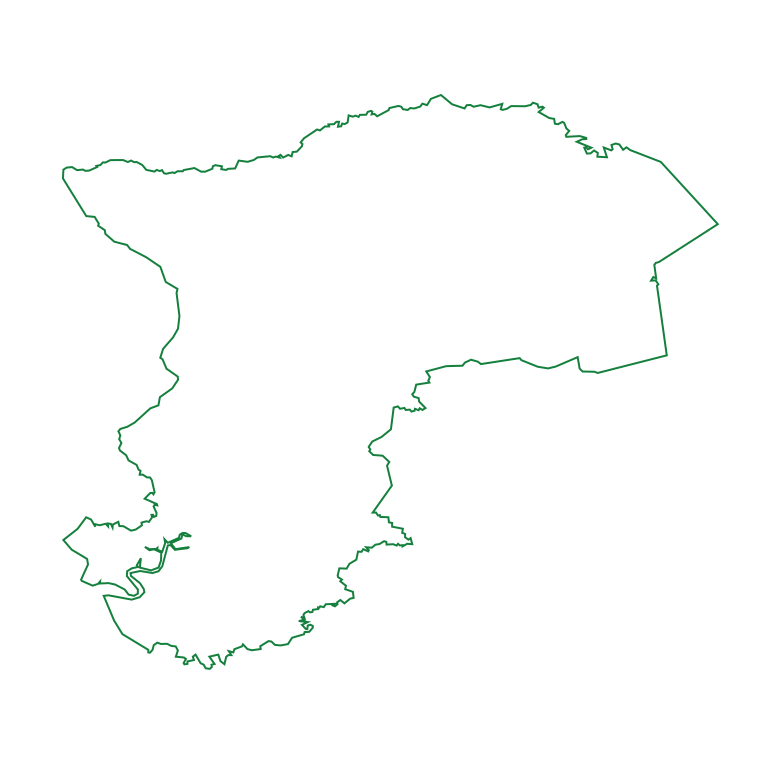 Capira, Panama, rotated 92°
{"feature_id": "35544464B53871457264549", "entity_name": "Capira", "entity_type": "district", "adm_level": 2, "iso_a3": "PAN", "parent_name": "Panama", "parent_adm1": "", "projection": "equal_earth", "projection_center": [-79.949, 8.817], "detail": "fine", "context": "isolated", "style": "outline", "palette": "green", "viewbox_px": 768, "rotation_deg": 92, "n_neighbors": 0, "source": "geoboundaries", "source_scale": "gbopen_adm2", "svg_char_len": 6159}
<svg xmlns="http://www.w3.org/2000/svg" viewBox="0 0 768 768"><g transform="rotate(92 384 384)"><path d="M189.8,712.0L226.6,687.4L227.1,679.0L233.8,674.6L235.8,675.2L240.0,668.4L243.7,667.7L251.2,658.5L254.1,645.5L257.8,642.5L265.6,626.1L274.7,611.6L289.6,605.7L296.2,593.7L300.3,594.5L323.2,590.8L335.9,591.8L344.7,596.4L356.6,606.0L365.6,608.5L367.0,606.2L376.3,601.9L383.8,590.4L386.8,589.9L395.8,595.5L405.0,607.5L413.2,608.7L416.5,616.7L431.2,631.8L435.7,639.0L438.1,645.9L440.5,647.8L444.6,645.7L448.4,646.7L452.1,644.4L457.2,646.6L459.7,645.6L464.2,639.2L469.3,636.6L473.5,628.4L478.0,626.4L479.3,624.3L483.2,625.0L483.0,621.9L485.6,617.6L485.6,614.5L488.4,612.6L500.2,609.5L502.3,610.6L500.9,611.6L501.1,613.8L507.0,619.2L512.0,606.7L513.2,606.4L512.7,609.0L514.4,610.0L520.9,606.8L523.8,607.0L524.8,609.3L522.8,610.2L522.9,611.8L525.3,611.1L530.0,614.1L529.5,616.7L531.0,621.5L533.7,621.0L538.1,627.0L539.4,631.7L535.2,639.5L535.2,643.5L531.0,644.7L533.9,650.1L536.9,650.3L533.3,652.1L533.0,655.2L535.9,654.8L533.4,657.2L535.1,663.3L534.1,668.1L536.7,667.6L529.7,672.0L527.6,677.0L539.4,685.1L551.1,699.0L560.5,690.3L569.2,674.6L574.7,673.5L590.1,679.9L591.3,679.2L595.7,668.1L593.8,662.9L591.2,660.8L593.3,660.9L592.6,652.3L593.8,645.7L598.4,636.0L603.4,631.9L604.4,626.4L602.1,622.7L598.0,622.8L584.9,634.3L580.0,634.1L577.0,629.6L575.4,623.3L573.8,624.7L566.6,620.9L576.0,621.6L578.4,610.3L575.3,602.9L568.2,600.7L560.3,600.7L557.2,608.1L558.3,612.6L555.1,617.3L557.3,612.5L556.7,605.7L555.7,604.7L557.5,604.7L559.4,599.8L550.5,597.1L546.8,597.9L550.2,594.5L545.0,583.7L541.7,582.8L540.0,580.3L539.8,577.3L542.9,571.4L543.0,576.3L541.3,580.3L545.5,581.1L550.6,591.5L556.3,586.7L553.8,572.9L554.9,574.4L557.0,587.2L552.4,591.7L552.9,594.4L573.8,599.2L579.0,602.8L581.0,608.8L579.4,621.1L581.8,630.7L584.6,630.2L591.6,620.9L597.2,617.0L600.4,616.2L605.6,620.7L608.3,628.6L604.8,652.0L605.5,656.7L629.8,645.5L643.1,636.7L657.9,610.3L660.5,610.2L660.7,608.5L657.7,606.0L653.0,605.0L650.4,601.5L651.6,597.9L651.2,591.8L653.2,587.3L653.5,583.0L657.5,580.7L663.8,582.5L664.3,574.5L665.7,572.4L669.9,574.5L671.1,573.7L670.6,570.7L668.1,570.7L666.5,564.3L663.2,565.5L661.0,562.9L669.5,557.5L670.8,554.4L674.3,552.3L674.8,548.2L672.8,546.2L670.6,546.6L669.7,543.6L662.6,549.0L660.2,540.2L666.7,537.7L669.6,533.7L662.2,532.2L660.4,530.2L660.3,527.1L656.4,529.8L657.5,525.2L654.3,524.3L651.1,516.7L649.1,515.9L653.7,511.2L654.7,506.8L653.2,498.0L650.4,498.5L645.0,490.5L645.3,487.5L648.5,484.0L648.9,478.3L647.3,470.9L640.8,467.0L636.9,455.2L634.7,454.7L634.3,450.1L629.9,446.6L628.2,446.8L627.1,449.4L628.1,451.8L631.6,452.1L631.7,453.4L627.6,457.6L624.6,451.9L623.9,460.9L622.4,455.3L619.6,458.9L620.5,455.4L617.6,456.5L615.8,455.4L613.6,451.6L614.8,450.0L614.3,447.6L612.1,447.1L611.2,441.9L609.5,442.1L609.7,440.7L608.4,440.0L609.1,436.4L606.2,434.6L605.4,425.6L607.1,427.5L607.9,425.3L605.7,422.8L603.8,423.2L601.4,420.1L604.6,415.9L599.7,410.3L598.8,406.9L592.8,407.8L590.4,415.6L586.9,415.0L582.7,420.8L580.9,419.2L578.6,423.2L576.9,423.6L569.8,422.2L569.8,414.9L564.9,412.3L560.5,405.5L552.4,404.1L552.5,400.6L549.8,399.0L551.8,393.9L550.6,393.4L547.8,396.1L548.0,390.5L544.9,387.0L544.1,383.0L541.1,378.4L541.7,376.2L544.4,375.8L543.8,369.3L545.0,365.7L543.2,364.5L544.8,362.4L544.4,359.7L545.6,359.7L542.9,355.3L543.1,350.2L537.1,352.0L538.7,354.1L536.4,357.6L533.1,357.7L532.1,360.6L528.0,360.1L526.3,370.9L522.6,371.0L522.1,374.2L517.0,375.0L517.0,383.0L515.2,383.6L515.7,385.3L512.7,387.6L512.9,390.8L485.3,372.6L465.5,378.1L461.7,376.0L455.7,382.9L455.3,392.4L451.7,396.4L450.0,395.4L447.4,397.1L441.9,393.7L437.0,384.6L429.0,375.5L407.2,373.5L405.9,369.3L408.2,367.1L407.2,362.8L409.2,361.4L408.7,357.3L410.6,355.6L409.7,352.6L407.7,352.2L409.0,348.5L407.0,347.5L408.6,344.7L406.6,341.7L400.4,348.2L396.9,348.9L395.6,353.8L393.3,355.4L390.9,353.4L383.5,351.8L381.0,338.7L379.2,339.8L375.4,338.4L370.0,342.2L364.0,322.5L363.0,306.2L359.8,303.9L356.7,297.9L358.4,291.0L360.7,287.8L353.4,249.3L355.4,247.5L361.4,230.9L362.7,220.6L360.6,213.0L350.4,191.4L361.8,189.0L364.6,185.9L364.4,174.2L365.5,170.8L345.5,102.4L276.2,114.6L274.8,113.3L271.0,116.1L271.4,120.7L267.7,118.6L268.9,115.7L255.5,118.0L253.5,116.6L252.5,113.5L212.6,56.0L152.4,115.1L141.6,146.2L139.0,149.9L141.6,153.2L136.4,157.2L135.6,160.8L137.2,165.0L141.4,163.7L142.6,164.9L140.0,172.6L149.6,169.1L149.4,178.7L145.6,178.4L143.3,182.2L146.3,185.6L146.6,189.3L140.8,192.1L140.3,190.5L142.3,188.3L140.6,185.0L135.2,199.8L132.5,194.4L132.1,190.4L131.0,190.5L129.4,196.9L130.6,210.4L128.9,211.0L124.6,207.7L122.3,210.6L116.7,213.1L115.8,214.8L118.3,219.2L117.9,222.3L113.1,223.2L112.4,228.2L106.8,238.9L102.3,233.9L101.3,235.3L102.4,239.1L99.0,240.4L97.7,245.0L100.0,247.0L101.5,252.7L101.8,266.5L104.8,271.0L105.9,275.2L105.3,276.9L99.9,275.6L103.9,288.1L102.0,297.3L103.8,304.1L102.1,307.4L102.5,311.1L105.8,313.1L102.1,325.7L93.2,337.2L97.4,347.1L103.8,350.7L102.5,355.4L105.5,357.5L107.6,363.5L107.3,367.4L109.3,369.9L108.7,374.7L106.3,376.4L105.6,379.2L108.0,388.2L110.1,388.9L116.7,400.2L114.4,402.9L115.0,405.8L112.4,405.1L111.5,406.4L112.6,409.7L115.5,411.2L115.9,417.6L118.0,418.7L116.8,421.7L117.9,424.7L116.8,428.7L123.9,429.5L125.6,432.3L125.2,434.9L127.9,435.8L128.5,439.0L123.5,438.1L123.6,440.7L126.1,443.1L126.5,448.6L128.5,447.9L128.7,452.1L132.8,456.8L132.0,459.8L141.2,472.5L145.4,475.7L147.0,473.9L149.4,474.4L154.8,479.2L155.4,483.4L159.7,484.3L158.4,487.7L161.2,492.7L158.6,495.5L159.8,497.2L161.4,496.1L160.5,500.0L161.5,502.7L160.3,505.7L162.0,518.4L164.6,521.8L166.7,528.0L165.8,537.0L173.8,540.3L174.4,547.4L175.6,549.2L175.0,554.1L172.1,553.6L171.2,560.2L172.3,562.6L174.9,563.1L178.0,570.0L178.2,574.1L174.8,581.0L177.2,591.7L178.4,592.5L178.6,597.7L180.5,600.8L179.9,602.7L181.5,609.1L181.1,611.2L178.0,613.3L179.0,615.4L178.0,618.7L179.7,620.7L178.3,629.0L173.5,633.3L170.7,639.1L171.1,641.3L169.5,644.6L171.1,647.7L169.3,652.5L169.8,665.3L172.4,670.1L172.3,672.6L175.1,675.1L176.1,679.1L177.2,678.3L181.0,686.1L181.4,690.0L180.2,692.3L181.0,698.2L178.1,703.3L178.8,708.7L181.0,711.9L189.8,712.0Z" fill="none" stroke="#15803d" stroke-width="2"/></g></svg>